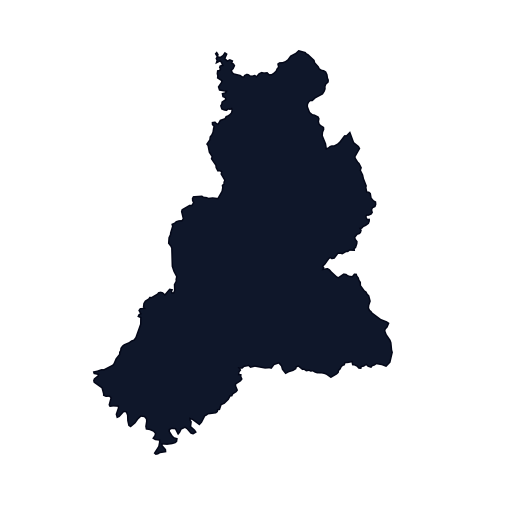 the district of Ponta Grossa, Paraná, Brazil, rotated 277°
{"feature_id": "56859067B71794662586420", "entity_name": "Ponta Grossa", "entity_type": "district", "adm_level": 2, "iso_a3": "BRA", "parent_name": "Brazil", "parent_adm1": "Paraná", "projection": "albers", "projection_center": [-50.069, -25.139], "detail": "fine", "context": "isolated", "style": "filled", "palette": "ink", "viewbox_px": 512, "rotation_deg": 277, "n_neighbors": 0, "source": "geoboundaries", "source_scale": "gbopen_adm2", "svg_char_len": 6095}
<svg xmlns="http://www.w3.org/2000/svg" viewBox="0 0 512 512"><g transform="rotate(277 256 256)"><path d="M449.0,193.4L447.2,192.5L445.5,193.6L443.0,193.2L445.3,196.6L443.9,198.2L441.1,199.8L440.2,197.3L438.7,197.0L437.3,198.0L435.6,197.2L435.1,195.4L432.2,195.4L430.2,196.2L428.1,196.2L425.8,200.9L423.9,200.6L419.3,198.2L416.3,199.6L415.9,206.7L414.2,205.8L413.0,202.9L410.2,203.8L409.5,206.3L407.6,207.0L404.6,203.6L402.5,203.6L400.8,202.8L397.8,204.2L397.1,206.7L397.0,208.9L398.6,210.5L398.5,212.4L399.4,213.8L397.5,214.6L395.1,214.3L393.2,213.0L391.6,211.2L390.7,209.4L388.5,208.6L386.3,204.1L382.0,202.3L382.7,200.3L383.8,199.0L383.1,196.5L381.2,196.8L379.4,198.8L377.8,198.4L373.6,198.3L370.7,197.4L368.7,196.1L365.7,196.1L361.1,193.7L359.8,195.0L353.3,197.1L349.3,200.5L347.1,200.0L341.2,205.2L338.9,205.7L335.9,207.8L336.2,209.8L335.6,211.7L333.1,211.5L327.4,215.9L325.3,215.3L323.6,215.6L322.0,214.1L319.8,214.7L316.1,214.5L308.3,211.2L308.3,205.9L307.3,201.8L307.9,199.6L307.8,196.7L308.7,195.0L307.1,186.7L305.4,186.0L303.2,186.4L301.4,187.7L298.2,186.1L298.1,184.0L292.9,177.1L291.0,176.8L284.1,179.4L281.9,178.2L281.5,175.4L280.3,172.7L278.7,171.4L277.2,168.9L275.3,169.7L268.5,168.5L266.9,168.6L263.6,167.5L258.0,167.8L255.3,170.5L253.6,171.5L235.6,174.2L230.8,176.5L225.9,179.9L223.1,179.6L221.3,180.0L217.7,178.6L212.1,179.5L209.3,178.9L209.1,177.0L210.7,176.3L212.2,176.9L212.4,174.4L206.2,170.3L208.0,167.8L208.3,165.8L207.6,163.8L206.2,163.0L201.9,157.4L201.9,155.7L200.3,154.9L197.7,151.7L195.2,150.6L191.8,150.6L190.4,151.8L189.5,147.6L187.7,146.6L184.6,148.8L183.5,147.1L181.7,146.5L180.9,149.2L174.3,149.9L160.4,146.8L157.5,145.1L156.5,142.9L154.5,140.8L151.8,136.1L150.3,134.6L148.0,133.3L145.6,133.3L143.9,132.5L141.7,132.7L137.0,129.8L131.8,128.3L130.1,127.2L124.5,119.0L124.2,116.4L122.3,112.6L121.1,109.1L119.7,109.7L119.3,114.2L117.7,113.9L114.3,110.6L112.6,110.2L111.0,110.8L106.4,119.3L100.7,121.6L99.2,121.8L98.5,124.2L99.1,127.7L97.6,129.5L90.4,128.5L89.1,129.4L89.9,132.6L90.2,137.5L88.6,138.1L81.9,136.7L79.0,137.9L80.1,139.7L85.6,143.6L85.6,146.3L82.4,148.0L76.9,148.9L72.4,150.5L71.5,152.3L75.7,156.2L79.9,158.5L83.1,161.2L83.1,164.9L81.0,167.2L78.7,167.7L73.5,167.5L71.0,168.3L70.9,171.6L69.7,175.8L67.6,178.0L65.2,177.6L62.6,176.2L61.6,178.4L61.6,182.7L59.6,183.1L55.1,182.8L48.0,179.4L47.1,180.7L47.7,182.6L49.2,184.5L50.8,190.1L52.8,189.7L56.4,185.7L58.1,185.7L58.4,190.7L59.6,195.4L60.9,198.4L62.3,199.7L65.0,199.8L65.5,196.6L67.3,194.4L71.2,191.3L73.2,191.1L74.6,193.2L74.8,197.1L69.9,200.4L71.8,201.6L75.1,202.7L77.4,206.4L76.2,208.8L72.3,213.1L71.9,215.2L73.9,217.7L75.6,216.2L78.7,211.8L83.5,211.8L84.8,210.7L86.7,210.2L86.1,212.9L81.9,220.3L84.4,222.1L91.2,224.6L92.2,226.2L93.5,227.4L95.5,235.1L96.9,236.5L98.7,236.6L99.3,238.4L104.2,239.4L106.0,242.4L110.4,245.9L114.0,247.3L114.4,249.0L116.3,249.6L119.0,252.8L120.6,253.7L124.5,251.5L126.5,251.3L130.3,255.8L132.2,256.9L134.3,255.6L136.3,255.4L136.1,253.3L138.7,253.1L140.9,254.4L142.9,252.7L143.1,255.8L145.0,257.5L146.5,262.1L145.0,264.1L146.6,268.3L146.0,278.7L146.8,282.8L146.6,284.8L150.5,287.0L152.7,291.7L150.0,294.8L146.8,296.1L143.2,299.7L145.2,302.5L147.0,306.6L149.0,309.1L150.9,309.4L152.0,311.5L149.2,315.9L149.5,317.7L148.3,319.9L149.1,322.6L148.5,324.4L149.1,326.4L148.1,328.6L147.6,331.0L148.1,335.4L147.9,338.1L147.3,340.5L144.8,345.1L148.8,350.3L150.5,351.7L152.5,351.8L154.0,353.1L156.5,354.0L158.0,355.2L158.8,356.8L161.1,357.3L161.5,359.9L162.9,364.2L159.9,365.2L160.0,367.0L159.1,369.7L157.3,371.8L157.4,373.7L159.1,373.9L159.9,376.3L161.9,378.6L160.3,380.7L159.7,383.7L161.3,384.6L162.2,386.6L163.9,388.5L163.6,394.3L162.5,398.5L166.9,401.8L177.0,402.9L179.1,402.0L186.3,400.4L188.7,399.2L193.8,394.7L197.4,392.8L199.3,393.1L201.5,394.7L205.4,395.8L206.5,393.6L208.1,387.4L213.5,378.0L214.9,376.8L215.8,375.3L218.0,373.9L220.7,373.8L225.1,374.7L230.2,372.7L231.7,370.8L233.6,369.5L234.5,367.7L239.3,363.2L242.6,362.7L244.4,361.1L246.7,360.1L248.4,358.4L250.0,357.7L249.9,355.9L247.2,354.2L247.1,351.3L247.6,349.2L248.6,347.6L248.7,345.3L244.4,340.4L245.1,338.4L249.3,332.6L251.2,330.5L252.1,328.5L250.8,324.0L252.6,324.6L253.9,323.3L256.4,325.3L262.5,328.6L263.5,329.9L262.7,331.6L263.5,333.9L268.7,336.9L269.1,339.7L268.8,341.3L271.4,344.7L271.7,346.5L273.3,348.1L273.7,352.8L275.4,352.4L276.5,353.7L280.5,354.5L282.6,354.4L284.5,352.5L286.5,351.6L290.0,353.7L290.8,355.6L292.0,356.7L294.3,357.1L296.1,355.8L296.5,357.4L298.4,358.8L299.8,361.1L302.1,363.5L304.5,364.1L306.1,363.9L305.7,361.9L308.2,360.1L310.1,360.9L310.3,362.7L311.7,365.1L313.4,366.0L315.9,365.0L318.1,365.6L319.6,368.0L321.9,368.5L324.2,368.0L325.0,365.8L327.5,363.1L331.9,361.8L333.0,360.2L332.9,358.1L337.4,356.6L339.0,356.8L345.9,353.1L349.4,351.9L353.8,349.0L356.4,349.6L360.4,346.9L361.4,345.5L364.7,342.8L366.4,341.9L375.3,345.6L377.1,344.3L380.4,339.0L390.0,334.1L386.3,331.3L386.0,329.3L379.4,325.5L377.0,323.5L374.7,320.2L374.4,317.8L373.6,316.2L372.2,315.0L370.8,312.7L375.8,311.3L383.5,307.0L387.0,306.9L390.0,307.7L391.8,307.3L393.4,303.9L394.9,302.3L397.2,301.5L399.8,301.7L401.5,300.7L402.9,296.8L403.0,294.7L405.0,291.6L409.3,289.3L410.9,288.6L413.2,288.6L415.4,289.5L416.8,290.6L417.2,292.9L420.3,295.5L425.0,302.2L428.0,303.6L430.3,304.1L432.5,303.7L435.0,304.2L437.5,306.3L439.5,306.2L441.2,305.2L444.5,304.3L447.1,302.7L448.1,300.6L448.2,298.5L449.4,295.9L451.3,294.7L454.9,290.6L457.2,289.7L462.2,282.9L462.7,281.3L463.9,280.0L464.9,273.4L462.0,271.0L458.6,266.1L454.6,263.9L452.5,261.7L451.1,259.0L450.5,255.8L449.2,254.4L446.2,255.5L444.3,254.2L441.9,253.5L439.4,251.4L437.8,249.4L437.4,246.9L439.2,244.7L438.5,241.7L438.7,239.2L437.2,236.9L433.8,234.6L435.0,232.8L434.0,230.5L433.8,228.2L434.9,226.5L435.1,224.8L433.7,222.7L432.2,222.2L432.0,220.4L433.2,218.4L434.0,211.6L435.2,209.9L437.5,208.9L439.2,210.4L442.3,211.4L443.8,210.2L444.4,208.3L446.7,208.8L447.5,206.1L446.0,203.8L448.1,200.9L452.8,202.3L453.8,200.4L450.9,198.9L448.7,196.3L449.0,193.4ZM451.8,191.3L449.0,193.4L451.3,193.7L453.1,192.2L451.8,191.3Z" fill="#0f172a" stroke="#020617" stroke-width="1.5"/></g></svg>